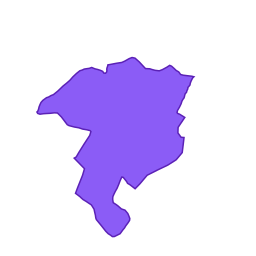 the district of Botkyrka, Stockholm, Sweden, rotated 320°
{"feature_id": "70781695B67027071836241", "entity_name": "Botkyrka", "entity_type": "district", "adm_level": 2, "iso_a3": "SWE", "parent_name": "Sweden", "parent_adm1": "Stockholm", "projection": "robinson", "projection_center": [17.824, 59.162], "detail": "fine", "context": "isolated", "style": "filled", "palette": "violet", "viewbox_px": 256, "rotation_deg": 320, "n_neighbors": 0, "source": "geoboundaries", "source_scale": "gbopen_adm2", "svg_char_len": 2114}
<svg xmlns="http://www.w3.org/2000/svg" viewBox="0 0 256 256"><g transform="rotate(320 128 128)"><path d="M45.8,144.3L47.1,150.0L47.2,151.4L47.6,154.0L48.7,157.2L50.5,163.4L49.8,168.4L48.6,170.6L47.0,173.8L45.5,176.2L44.9,177.8L44.8,186.2L44.6,192.9L44.9,196.3L45.8,199.0L46.2,201.1L47.8,202.4L50.7,203.1L54.0,203.9L58.4,202.8L61.2,202.3L63.4,201.5L66.9,200.7L69.8,199.8L71.2,198.5L72.1,196.0L72.9,193.4L72.9,189.0L70.9,185.7L70.2,181.0L69.7,179.0L68.7,175.8L69.3,174.6L70.5,172.7L72.2,170.9L74.6,169.7L77.5,168.4L80.8,167.2L84.5,165.3L87.7,163.5L90.1,162.3L91.8,161.6L92.6,162.8L92.6,165.0L92.5,168.2L92.1,170.1L93.0,172.6L94.4,179.1L101.3,178.4L112.3,176.5L123.0,179.0L134.7,182.0L144.5,183.3L153.7,181.7L159.4,176.4L164.8,171.3L162.7,169.2L163.1,163.8L166.8,159.7L178.3,156.4L176.4,150.6L175.8,149.5L175.4,148.6L175.5,147.7L177.2,146.4L178.9,145.8L181.1,145.0L182.2,144.5L184.2,143.6L185.0,143.1L186.6,142.1L188.4,141.4L190.2,141.0L191.3,140.3L192.6,139.3L193.9,138.5L195.7,138.3L197.1,137.3L198.9,136.5L200.0,135.4L201.1,135.3L203.1,134.9L203.7,134.4L204.7,133.6L206.3,132.7L207.4,132.2L209.7,131.2L211.4,131.1L210.2,129.4L207.0,126.0L204.3,123.1L202.7,120.8L202.9,117.6L201.9,114.9L201.6,112.0L201.1,108.6L200.2,106.8L196.8,106.4L191.9,105.4L188.7,104.3L185.8,101.2L183.9,98.5L182.8,96.7L179.6,93.7L179.4,90.3L179.1,84.5L178.3,79.0L176.4,76.6L173.5,75.6L168.6,74.7L165.4,73.8L160.6,70.9L154.5,67.5L153.2,66.7L152.2,67.5L150.3,68.6L149.3,69.6L148.7,70.5L147.6,71.4L146.0,71.6L144.8,70.4L145.0,68.3L144.0,66.2L142.5,63.8L140.7,61.4L139.1,58.3L136.7,57.4L134.8,56.2L132.3,54.7L130.3,54.2L127.9,53.2L123.6,53.1L118.6,53.4L114.1,54.1L109.6,54.2L105.2,54.1L101.0,54.4L97.8,54.6L92.3,54.5L90.0,53.7L87.0,53.2L85.1,52.4L80.6,52.1L77.8,52.5L75.6,53.5L73.4,54.7L71.4,56.2L69.5,57.2L68.5,57.2L68.2,58.8L69.4,60.8L72.7,62.9L77.8,66.7L81.4,69.1L83.6,71.2L84.1,76.7L83.6,86.4L84.3,88.2L87.5,92.7L90.5,96.3L92.5,99.6L95.4,103.0L97.3,105.7L97.3,106.9L93.9,109.1L89.6,110.4L84.6,111.9L75.0,115.0L69.7,116.9L67.4,116.5L68.5,131.2L62.8,135.0L50.9,141.4L45.8,144.3Z" fill="#8b5cf6" stroke="#5b21b6" stroke-width="1.5"/></g></svg>